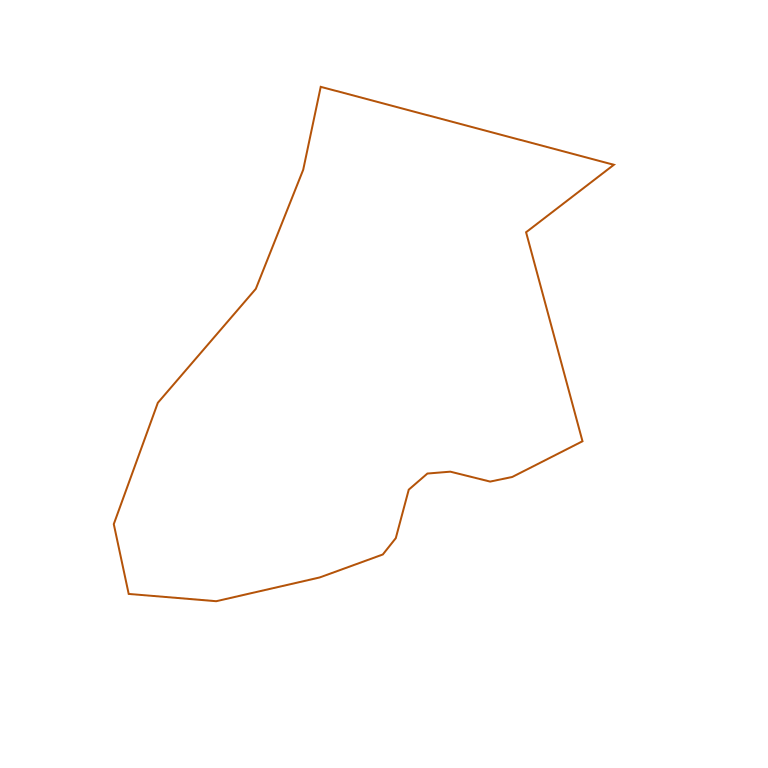 the border of Vaisigano, rotated 290°
{"feature_id": "WSM-4992", "entity_name": "Vaisigano", "entity_type": "state/province", "adm_level": 1, "iso_a3": "WSM", "parent_name": "Samoa", "parent_adm1": "", "projection": "albers", "projection_center": [-172.717, -13.564], "detail": "fine", "context": "isolated", "style": "outline", "palette": "amber", "viewbox_px": 768, "rotation_deg": 290, "n_neighbors": 0, "source": "natural_earth", "source_scale": "10m", "svg_char_len": 393}
<svg xmlns="http://www.w3.org/2000/svg" viewBox="0 0 768 768"><g transform="rotate(290 384 384)"><path d="M398.1,590.1L340.5,536.3L328.6,517.1L324.3,476.3L314.7,455.4L293.2,443.4L243.2,447.8L223.4,441.2L180.2,389.7L122.5,300.6L99.4,215.9L159.9,178.0L289.0,177.9L429.6,231.0L557.7,234.8L641.6,222.9L668.6,525.0L575.2,465.6L398.1,590.1Z" fill="none" stroke="#b45309" stroke-width="2"/></g></svg>